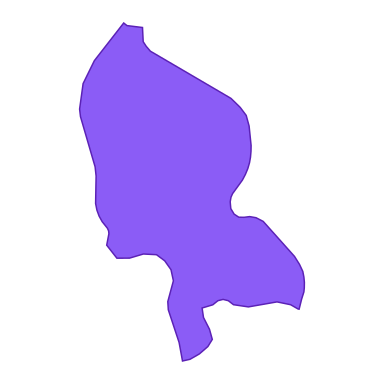 Territoire de Belfort, Albers equal-area conic projection
{"feature_id": "FRA-5348", "entity_name": "Territoire de Belfort", "entity_type": "Metropolitan department", "adm_level": 1, "iso_a3": "FRA", "parent_name": "France", "parent_adm1": "", "projection": "albers", "projection_center": [6.973, 47.626], "detail": "fine", "context": "isolated", "style": "filled", "palette": "violet", "viewbox_px": 384, "rotation_deg": 0, "n_neighbors": 0, "source": "natural_earth", "source_scale": "10m", "svg_char_len": 1062}
<svg xmlns="http://www.w3.org/2000/svg" viewBox="0 0 384 384"><path d="M248.4,306.9L233.5,304.7L228.3,300.7L223.1,299.4L217.9,300.7L212.8,304.8L202.1,308.0L203.5,317.5L209.5,329.3L212.3,339.4L207.9,346.5L199.4,353.9L190.0,359.3L182.5,361.0L179.1,342.5L168.3,309.8L167.8,301.6L173.4,280.8L171.0,269.7L164.7,260.8L156.5,254.7L143.4,254.0L129.6,258.1L116.9,258.2L106.7,245.2L108.9,233.7L108.6,230.9L107.4,228.2L102.2,221.7L99.1,216.1L96.9,210.1L95.6,203.5L96.1,176.1L95.1,166.8L80.5,116.7L79.6,109.1L83.1,83.6L94.4,60.6L123.7,23.0L127.0,25.6L142.5,27.5L143.2,41.7L146.2,46.3L150.4,51.2L231.0,98.4L240.2,107.4L246.2,115.4L249.1,126.0L251.1,145.5L251.0,151.2L250.5,157.2L249.5,162.8L247.8,168.6L245.4,174.4L242.4,180.1L232.6,193.6L231.0,197.2L230.2,201.8L230.8,208.6L234.1,214.1L238.8,217.2L244.1,217.3L249.7,216.6L256.0,217.7L263.2,221.4L294.5,256.4L299.5,264.4L302.8,271.4L303.9,277.1L304.4,282.4L304.3,287.8L303.9,291.9L301.6,299.2L299.2,308.9L299.1,309.2L298.1,309.0L290.6,304.7L277.0,301.9L248.4,306.9Z" fill="#8b5cf6" stroke="#5b21b6" stroke-width="1.5"/></svg>